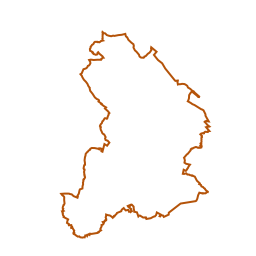 outline of Ciurila, Cluj, Romania, rotated 349°
{"feature_id": "2599482B49766923027445", "entity_name": "Ciurila", "entity_type": "district", "adm_level": 2, "iso_a3": "ROU", "parent_name": "Romania", "parent_adm1": "Cluj", "projection": "mercator", "projection_center": [23.534, 46.652], "detail": "fine", "context": "isolated", "style": "outline", "palette": "amber", "viewbox_px": 256, "rotation_deg": 349, "n_neighbors": 0, "source": "geoboundaries", "source_scale": "gbopen_adm2", "svg_char_len": 5853}
<svg xmlns="http://www.w3.org/2000/svg" viewBox="0 0 256 256"><g transform="rotate(349 128 128)"><path d="M146.2,222.1L151.4,220.8L151.9,218.9L165.2,212.2L180.4,212.7L181.2,212.4L182.5,210.7L184.0,207.4L185.7,205.1L188.7,206.5L188.8,206.2L191.3,206.9L192.0,206.8L192.9,205.9L194.0,206.2L194.2,205.8L192.7,204.1L192.0,202.9L191.9,202.2L191.0,201.4L190.5,200.4L188.9,199.3L188.8,197.9L187.2,196.7L187.9,196.0L185.6,192.9L184.3,188.5L182.8,187.5L181.9,187.2L182.0,186.8L180.0,186.2L179.1,185.4L177.4,185.0L176.5,183.6L174.2,183.8L173.1,183.4L174.7,179.6L176.6,181.1L178.2,179.8L178.4,179.2L179.1,178.8L180.0,177.5L181.8,175.8L178.2,174.2L176.8,172.8L177.6,170.8L177.6,169.1L177.3,167.9L180.8,165.1L181.5,164.9L182.4,164.2L185.3,161.8L185.5,160.9L186.5,160.3L187.4,160.6L188.0,160.1L190.8,159.6L191.8,159.9L192.5,160.6L193.1,160.8L195.0,161.2L196.3,161.1L196.8,160.1L196.3,159.7L196.7,159.4L196.8,158.8L196.7,158.0L196.4,158.1L196.9,157.5L196.4,156.9L197.1,156.5L197.6,155.3L197.7,153.9L198.0,153.3L198.1,151.8L198.8,151.2L198.6,150.6L199.0,150.3L199.1,149.9L197.8,148.0L198.8,147.4L200.3,147.3L200.9,147.4L201.0,147.7L201.6,147.7L201.7,147.1L203.1,146.4L205.6,147.2L206.0,146.9L206.1,146.4L207.3,146.5L204.8,142.1L207.0,141.9L207.6,142.2L208.2,142.1L206.4,140.0L205.4,138.0L204.4,136.6L205.0,136.2L206.6,136.0L207.8,136.8L208.5,137.0L206.4,130.7L206.6,129.9L206.6,129.1L205.5,125.1L204.6,124.2L203.4,123.5L197.6,118.1L195.8,116.9L194.3,115.3L191.8,113.2L192.4,112.5L193.5,110.5L194.3,107.4L195.9,105.7L197.6,104.3L201.8,109.3L202.9,111.0L203.6,111.2L203.9,110.7L200.3,106.1L199.4,104.5L198.1,103.6L196.6,101.5L194.6,99.7L194.2,97.9L192.8,96.4L191.7,95.6L189.6,95.0L187.8,95.0L185.9,94.7L185.3,94.8L185.3,91.8L186.0,91.2L186.0,90.9L183.5,90.8L182.9,89.9L175.9,76.7L173.9,71.0L170.5,67.1L169.6,65.5L167.4,61.2L170.6,58.6L166.2,53.2L165.8,54.2L165.8,56.0L163.6,58.1L161.7,58.9L159.1,60.8L157.7,61.0L157.4,61.6L156.8,62.0L154.3,61.4L153.1,60.2L152.9,59.6L152.8,58.3L152.4,57.5L150.9,54.8L149.6,53.1L148.8,50.3L148.8,49.7L149.4,48.6L149.3,46.8L147.6,44.9L145.2,41.5L144.5,38.8L144.2,38.7L143.4,37.5L143.3,35.1L139.6,35.3L136.3,35.0L132.2,35.0L131.0,34.5L129.0,34.7L126.6,33.7L124.9,32.7L123.7,30.8L122.4,30.3L121.3,28.9L121.2,29.1L122.0,30.2L121.7,30.6L121.4,30.5L121.0,30.8L120.8,32.3L120.6,32.7L120.2,35.3L119.8,35.6L119.9,36.5L119.7,37.1L120.0,37.4L117.9,37.5L117.3,38.0L116.1,38.4L115.6,38.0L114.7,38.0L114.1,37.4L113.6,37.5L112.1,37.1L111.1,37.6L110.1,38.9L109.1,39.4L108.6,39.5L107.8,40.4L107.2,40.7L106.8,41.1L106.7,42.0L105.7,43.1L105.6,43.6L105.7,44.4L105.5,44.9L107.6,46.5L108.0,47.1L107.5,47.4L108.4,48.9L109.1,49.1L110.1,49.9L111.5,50.0L112.0,49.6L112.5,48.3L113.2,47.9L113.9,49.4L116.6,52.7L117.3,54.3L116.3,54.2L115.5,55.1L114.9,55.2L114.9,55.6L114.6,55.9L111.4,55.2L107.3,54.7L104.6,53.8L102.8,53.8L103.0,54.5L103.5,55.4L103.5,57.1L102.5,58.5L101.5,59.2L100.4,59.4L99.6,60.6L98.6,61.3L97.5,61.6L95.5,61.8L93.0,65.5L91.6,66.1L92.7,68.1L92.9,69.5L93.9,72.2L95.5,74.6L96.6,76.9L97.1,79.2L98.1,81.3L97.9,81.5L98.0,84.3L99.8,87.8L101.3,91.6L102.9,93.6L103.9,94.2L104.8,95.2L104.7,95.7L104.1,96.4L106.7,99.1L106.3,99.4L108.6,102.0L110.4,103.6L109.1,104.5L111.5,107.7L112.6,109.8L111.6,110.5L111.5,111.3L110.4,112.7L109.6,114.4L109.0,114.9L108.0,114.2L107.2,114.0L106.8,114.2L105.0,116.2L104.2,116.5L103.2,118.3L102.1,119.0L101.0,120.3L101.2,121.0L102.1,120.9L100.9,121.5L101.3,122.4L101.0,122.6L100.9,123.6L101.0,124.8L101.5,126.5L101.8,128.1L102.3,128.9L103.4,129.8L104.3,132.7L103.5,133.8L103.7,135.5L105.6,136.6L106.9,138.8L104.1,141.4L101.8,139.3L98.4,146.4L97.5,145.8L98.3,143.5L97.0,142.7L95.9,142.5L95.8,143.5L95.4,143.3L95.2,142.9L91.6,141.4L88.7,140.7L87.0,141.2L86.6,142.1L85.0,142.6L84.3,143.4L83.1,144.0L81.5,145.4L81.0,147.0L80.2,148.4L79.2,151.4L79.1,153.8L78.8,155.9L78.1,156.0L77.7,156.6L76.7,159.1L76.9,160.2L77.4,160.4L77.4,160.9L76.4,162.8L76.5,163.1L76.4,164.4L76.2,165.1L76.5,166.0L76.1,166.5L76.5,167.9L76.4,168.3L76.0,168.9L75.0,169.6L75.2,169.8L74.9,170.2L74.2,170.6L73.9,172.2L73.4,172.8L73.2,174.7L72.3,176.4L71.7,178.7L69.0,179.1L68.4,180.2L67.2,183.0L65.4,185.0L65.7,185.7L65.1,186.8L61.6,184.5L60.1,182.4L58.3,181.7L57.7,181.2L53.3,180.3L49.9,179.9L50.4,181.0L52.0,183.0L52.2,183.7L51.6,186.4L51.3,190.0L50.5,191.2L50.1,191.2L48.8,193.4L48.6,194.7L49.0,195.0L48.3,196.2L49.0,197.1L47.8,197.4L47.8,198.2L47.5,198.0L47.7,199.3L47.5,199.7L47.6,201.4L48.2,202.5L47.8,203.1L51.8,206.3L50.8,207.6L50.0,209.5L51.7,211.0L51.7,211.3L51.4,211.5L51.4,212.2L53.8,212.5L53.8,213.7L53.2,214.8L53.2,215.3L53.6,215.3L54.4,214.9L54.5,215.8L55.6,218.5L55.2,218.9L55.1,219.5L55.3,220.2L54.3,220.7L54.4,221.6L55.3,222.3L55.5,222.2L56.6,223.7L58.1,225.1L59.5,225.1L60.3,226.2L62.5,226.9L63.7,226.8L64.6,227.1L65.6,225.3L66.4,225.6L67.2,225.2L67.4,226.1L67.9,225.5L69.2,224.8L69.9,225.6L70.6,224.5L71.9,225.0L78.1,225.2L79.1,224.9L78.9,224.5L80.1,224.0L82.0,223.3L81.5,222.5L81.6,221.8L83.3,219.6L83.5,218.2L84.7,218.1L85.6,217.5L86.5,216.1L85.4,215.8L85.3,215.5L86.4,215.5L88.0,214.2L88.3,214.7L89.0,214.4L89.3,213.4L89.0,211.3L89.6,210.6L90.0,208.8L91.6,209.7L93.5,210.4L95.0,211.9L95.9,213.2L97.3,211.8L97.7,212.1L98.0,211.6L98.6,211.5L99.2,210.8L100.3,210.2L101.0,209.3L105.5,208.4L105.8,207.6L106.9,206.6L108.5,205.8L108.7,206.4L110.1,208.5L112.6,208.4L113.1,210.5L115.0,210.2L114.9,210.8L115.9,210.4L115.7,209.3L115.1,208.1L115.4,207.8L114.4,206.7L113.9,205.8L113.3,205.5L112.9,204.5L113.9,204.3L114.2,204.8L114.8,205.2L115.0,204.8L115.9,204.3L115.8,203.9L116.5,203.8L117.1,204.0L118.5,206.2L118.2,208.6L118.3,210.4L118.1,211.4L120.7,212.5L121.3,216.8L122.3,216.1L123.1,216.3L125.8,218.8L128.2,219.1L128.2,219.5L128.6,219.5L128.7,220.8L133.1,220.9L136.2,219.9L137.5,219.9L139.0,218.8L140.2,216.4L143.5,219.1L142.2,220.6L142.7,220.9L143.9,219.5L144.6,220.2L145.7,220.6L146.2,222.1Z" fill="none" stroke="#b45309" stroke-width="2"/></g></svg>